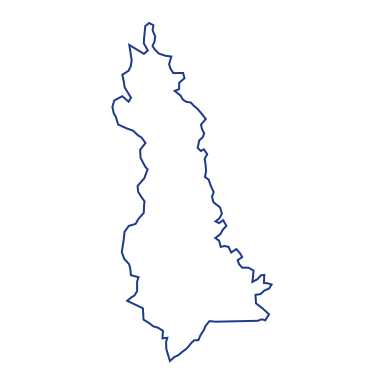 Barão de Antonina, São Paulo, Brazil (Equal Earth projection)
{"feature_id": "56859067B50057766489130", "entity_name": "Barão de Antonina", "entity_type": "district", "adm_level": 2, "iso_a3": "BRA", "parent_name": "Brazil", "parent_adm1": "São Paulo", "projection": "equal_earth", "projection_center": [-49.568, -23.569], "detail": "fine", "context": "isolated", "style": "outline", "palette": "blue", "viewbox_px": 384, "rotation_deg": 0, "n_neighbors": 0, "source": "geoboundaries", "source_scale": "gbopen_adm2", "svg_char_len": 2059}
<svg xmlns="http://www.w3.org/2000/svg" viewBox="0 0 384 384"><path d="M184.5,78.2L183.1,73.0L178.9,73.0L173.3,73.1L170.4,68.5L169.1,64.2L171.3,56.5L165.6,55.8L158.9,53.6L154.8,49.5L152.5,46.1L154.5,41.6L155.2,36.4L152.6,30.4L153.4,25.2L149.1,23.0L145.3,26.1L144.2,37.0L143.8,43.3L147.8,50.5L143.9,53.8L129.3,45.0L131.7,60.4L130.7,66.5L128.4,70.9L122.3,74.8L123.8,81.5L124.7,87.5L131.0,97.7L128.6,101.7L122.3,96.2L114.2,100.5L112.4,107.0L113.7,113.0L115.9,117.1L118.2,124.6L127.2,128.6L133.1,130.7L138.1,135.4L141.5,137.5L145.5,143.0L140.1,149.8L140.6,157.9L145.1,166.5L147.6,169.3L144.3,178.2L137.6,185.9L138.1,191.7L141.3,196.9L144.5,201.3L144.0,206.3L143.8,212.8L138.3,219.1L135.6,223.9L128.8,225.9L124.5,231.8L123.9,238.3L121.8,252.2L124.3,259.0L129.2,264.3L130.4,269.6L130.9,275.2L138.5,277.2L137.1,281.6L137.1,291.2L134.4,295.5L131.3,297.4L127.2,300.8L142.9,308.3L143.5,319.6L149.7,323.5L153.2,326.3L157.9,327.7L162.9,330.7L162.5,338.3L167.3,337.8L166.1,341.9L166.3,348.9L169.9,361.0L174.2,357.1L178.7,355.0L181.9,352.1L185.9,349.2L188.5,346.5L191.1,343.2L194.0,340.4L198.4,340.1L200.5,335.2L203.8,330.1L205.6,325.8L209.5,321.1L215.3,321.7L257.6,320.8L261.8,319.3L265.3,320.3L269.0,314.3L262.5,308.3L256.0,303.4L255.5,294.8L260.5,294.1L264.4,290.5L269.1,288.5L271.6,284.5L267.2,283.2L263.9,283.0L264.3,274.9L261.0,275.3L257.5,279.2L252.4,281.9L253.0,276.7L253.5,270.5L248.4,267.7L242.2,267.7L239.0,264.1L237.7,260.2L242.2,257.1L239.8,253.0L236.3,249.1L231.2,252.5L228.6,246.9L224.4,246.0L220.7,246.9L219.1,240.7L215.3,238.0L220.3,234.2L222.8,229.7L226.4,225.9L223.2,220.2L219.0,223.1L215.5,221.3L219.4,218.4L221.9,213.6L220.0,207.3L216.1,204.4L213.3,202.0L212.0,196.7L213.7,192.1L210.6,185.4L208.7,179.7L205.0,177.0L206.1,171.0L205.6,165.1L204.7,158.7L207.2,154.2L203.8,149.3L200.8,151.0L197.7,147.9L199.2,140.4L202.5,137.5L204.2,133.5L202.0,129.2L201.0,124.6L205.8,119.0L200.9,112.8L197.0,108.3L194.0,106.0L190.9,102.6L186.0,101.7L182.8,99.5L180.7,95.7L174.7,90.9L179.1,89.1L179.2,82.8L184.5,78.2Z" fill="none" stroke="#1e3a8a" stroke-width="2"/></svg>